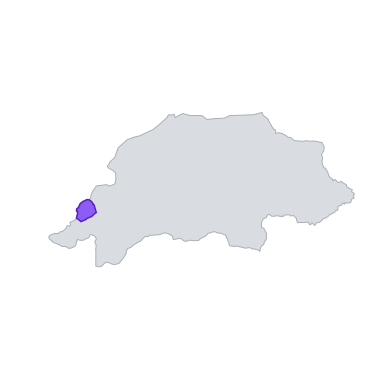 Erdenecagaan, Sühbaatar, Mongolia (highlighted), rotated 158°
{"feature_id": "93677404B19681848213060", "entity_name": "Erdenecagaan", "entity_type": "district", "adm_level": 2, "iso_a3": "MNG", "parent_name": "Mongolia", "parent_adm1": "Sühbaatar", "projection": "orthographic", "projection_center": [115.133, 46.001], "detail": "fine", "context": "in_parent", "style": "filled", "palette": "violet", "viewbox_px": 384, "rotation_deg": 158, "n_neighbors": 0, "source": "geoboundaries", "source_scale": "gbopen_adm2", "svg_char_len": 4946}
<svg xmlns="http://www.w3.org/2000/svg" viewBox="0 0 384 384"><g transform="rotate(158 192 192)"><path d="M44.2,125.5L45.2,125.9L47.2,125.2L48.0,123.6L48.9,122.8L52.8,123.7L54.3,124.8L54.9,123.8L55.3,123.7L55.9,125.0L56.9,124.9L57.6,124.7L58.6,123.6L59.8,124.2L62.5,123.5L63.3,120.9L64.4,120.6L66.5,120.8L67.2,119.7L67.7,119.5L69.3,119.7L72.2,119.1L73.4,119.4L74.7,118.5L77.4,117.8L81.0,118.1L81.5,117.4L85.3,116.0L88.6,116.9L90.1,115.1L90.7,115.1L92.2,118.2L93.3,118.2L93.9,117.3L95.3,117.7L95.4,119.6L95.9,120.6L105.6,124.0L105.7,124.7L105.2,128.9L106.5,131.3L106.7,132.3L109.5,132.8L110.7,134.7L113.1,135.3L114.2,136.0L116.9,135.2L117.5,135.3L118.0,136.2L119.3,136.0L121.2,137.9L122.9,138.1L123.6,138.8L124.7,138.6L127.1,139.6L128.6,142.2L129.9,142.4L131.9,141.3L132.6,140.4L135.0,140.5L136.6,139.8L137.7,139.1L139.7,136.2L140.8,133.0L139.7,132.3L138.9,130.9L138.7,129.1L138.9,127.8L138.3,125.7L138.6,124.8L139.6,123.4L140.5,120.8L141.7,119.6L143.4,119.1L143.8,118.2L145.3,116.4L148.0,115.8L149.9,113.8L151.2,111.7L152.2,113.2L155.0,115.4L157.6,116.7L159.0,118.7L163.7,120.0L170.9,125.3L172.6,125.4L177.1,127.9L177.4,128.5L176.8,131.4L177.0,132.3L176.7,135.5L177.3,137.2L176.7,139.1L177.0,139.8L178.2,140.2L179.8,142.5L183.9,144.6L185.0,146.1L187.9,147.4L189.5,147.1L192.0,147.7L192.9,147.7L194.7,146.4L195.8,146.1L201.7,145.6L203.4,144.8L204.5,144.7L208.9,146.3L211.9,148.1L216.4,148.5L218.3,150.3L219.1,152.0L220.7,153.6L227.0,154.8L227.2,155.2L226.8,158.5L227.0,159.1L230.8,163.2L232.7,164.4L238.6,164.7L247.5,167.7L249.7,167.1L251.6,168.4L252.3,168.4L258.4,165.6L259.3,165.8L265.5,164.9L269.5,163.5L272.4,163.7L274.8,162.4L275.9,159.8L279.8,156.9L286.6,153.1L290.7,153.7L293.2,155.1L295.7,157.9L297.1,158.6L299.8,158.8L303.7,156.9L305.8,157.3L307.6,158.2L308.9,159.5L303.0,173.9L302.9,174.8L301.0,177.8L300.7,182.5L298.2,184.3L298.5,187.0L299.1,188.0L301.9,190.7L302.8,190.3L303.6,189.2L305.1,188.2L307.8,188.4L310.2,187.9L313.3,188.8L316.1,190.9L320.0,185.9L323.7,185.2L327.1,185.7L329.8,188.9L333.0,190.2L333.9,192.1L335.2,192.8L335.6,193.7L339.6,197.2L340.5,199.7L341.7,201.4L341.8,203.2L341.6,204.1L340.0,205.1L334.6,205.0L331.3,203.3L330.2,204.4L326.0,204.2L323.7,205.0L322.1,205.8L321.2,207.0L320.5,207.3L319.8,207.3L318.5,206.3L317.4,206.4L317.1,206.6L316.5,209.7L312.9,209.8L311.7,209.4L308.7,210.9L308.3,212.1L306.7,213.8L305.3,216.8L305.6,218.2L305.2,219.0L302.5,220.7L300.0,223.1L294.7,224.1L292.2,224.3L290.3,223.7L288.5,224.1L287.0,226.8L283.5,230.2L278.4,233.4L269.4,231.1L268.2,230.6L266.4,228.5L261.1,228.2L259.6,229.5L258.2,231.5L255.6,238.1L257.5,242.0L259.9,244.6L260.8,246.4L260.7,247.9L259.0,248.5L256.6,250.8L250.8,252.8L243.9,260.7L232.3,264.8L225.3,264.6L219.8,263.7L204.7,264.5L194.6,267.7L187.0,270.5L185.3,272.1L184.5,272.3L183.3,271.4L179.4,270.7L179.8,267.5L171.2,268.2L165.0,263.5L155.6,259.8L153.8,258.6L151.2,254.0L149.6,253.1L145.4,252.2L134.2,248.3L128.6,248.8L106.1,240.6L97.5,239.6L97.3,239.1L97.3,236.4L94.4,231.5L94.1,230.4L94.2,228.8L93.0,220.0L91.3,218.3L92.4,215.0L89.4,214.5L86.4,212.3L83.6,209.0L82.5,206.8L80.3,205.7L78.2,201.8L77.0,200.8L70.4,197.5L66.9,196.8L63.4,194.8L59.2,193.4L58.1,192.3L56.8,192.0L54.8,189.9L53.1,189.7L52.5,184.4L53.8,181.7L55.1,180.3L57.8,178.4L58.0,177.4L58.0,174.8L60.3,171.1L60.7,168.4L60.6,165.2L59.4,164.1L58.7,159.5L59.0,156.3L58.8,153.9L57.2,152.0L57.2,150.0L56.6,149.6L56.0,150.1L54.7,149.9L53.9,148.4L53.6,146.8L53.0,146.2L51.7,145.8L50.3,146.0L49.1,145.3L48.4,143.7L46.1,140.8L46.5,139.5L46.4,138.4L45.6,137.8L45.0,136.5L42.6,134.4L42.8,133.7L44.0,132.5L42.5,130.7L42.2,129.2L43.9,127.9L43.8,126.7L44.2,125.5Z" fill="#d9dde1" stroke="#a8b0b8" stroke-width="1"/><path d="M288.2,217.4L288.2,217.5L288.1,217.8L288.0,218.0L288.3,218.2L288.3,218.3L288.5,220.3L289.1,221.4L290.3,223.2L290.3,223.4L290.4,223.5L290.7,223.6L291.1,223.7L291.6,224.0L292.1,224.3L292.5,224.3L292.9,224.3L293.0,224.3L293.9,224.2L294.7,224.0L295.2,224.1L295.4,224.1L296.4,224.1L296.6,224.1L297.3,223.9L298.1,223.7L298.7,223.5L299.5,223.3L300.0,223.1L300.4,222.8L300.7,222.5L301.1,222.1L301.4,221.8L301.9,221.3L302.3,220.9L302.5,220.6L303.2,220.3L303.4,220.1L303.5,219.9L303.9,219.8L304.0,219.8L304.4,219.9L304.5,219.8L304.9,219.7L305.1,219.6L305.3,219.2L305.4,218.9L305.5,218.8L305.6,218.7L305.8,218.5L306.0,218.5L306.0,218.0L305.9,217.8L305.9,217.7L306.0,217.5L305.8,217.5L305.8,217.4L305.8,217.1L305.6,217.0L305.5,216.9L305.7,216.6L305.7,216.3L305.8,215.7L306.3,214.8L306.6,214.3L307.0,213.6L307.2,213.3L307.3,213.2L307.5,213.2L307.7,212.8L307.9,212.5L308.3,212.0L308.8,211.4L308.9,210.9L308.6,210.9L308.0,209.8L306.9,207.7L306.0,206.1L303.6,206.2L302.6,206.2L301.5,206.3L300.5,206.2L300.2,206.5L299.3,206.9L297.8,206.8L295.5,206.9L294.7,206.8L293.9,207.0L292.5,207.5L290.7,208.3L289.4,208.6L288.3,208.9L288.4,210.0L288.1,212.0L287.9,214.1L287.6,216.5L287.9,216.7L287.9,216.8L288.0,216.9L288.0,217.0L288.1,217.3L288.2,217.4Z" fill="#8b5cf6" stroke="#5b21b6" stroke-width="1.5"/></g></svg>